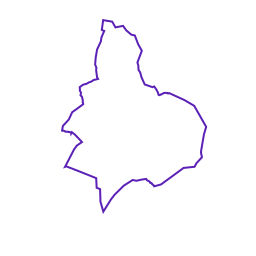 the district of O'lziit, Bayanhongor, Mongolia, rotated 302°
{"feature_id": "93677404B2040625721248", "entity_name": "O'lziit", "entity_type": "district", "adm_level": 2, "iso_a3": "MNG", "parent_name": "Mongolia", "parent_adm1": "Bayanhongor", "projection": "natural_earth1", "projection_center": [100.982, 45.969], "detail": "fine", "context": "isolated", "style": "outline", "palette": "violet", "viewbox_px": 256, "rotation_deg": 302, "n_neighbors": 0, "source": "geoboundaries", "source_scale": "gbopen_adm2", "svg_char_len": 2515}
<svg xmlns="http://www.w3.org/2000/svg" viewBox="0 0 256 256"><g transform="rotate(302 128 128)"><path d="M44.0,151.4L58.6,151.4L64.4,152.0L76.9,155.0L86.4,159.5L87.7,163.1L91.2,166.6L94.3,170.2L94.4,170.5L94.3,170.8L94.0,171.2L93.8,171.7L93.8,172.0L93.8,172.4L93.8,173.0L93.9,173.7L94.0,174.0L94.1,174.4L94.0,174.7L93.8,175.1L93.5,175.3L93.3,175.7L93.4,175.9L93.5,176.3L93.5,176.6L93.7,176.8L93.7,177.1L93.7,177.3L93.5,177.6L93.3,177.9L93.2,178.1L93.3,178.5L93.2,178.9L93.1,179.1L93.0,179.3L92.9,179.6L93.0,180.3L92.4,181.1L97.6,185.9L123.6,196.3L130.4,205.0L134.3,204.7L142.4,206.2L145.7,203.0L147.4,202.1L162.8,195.8L170.4,193.7L181.9,172.4L181.6,161.1L179.4,144.3L179.1,144.2L178.9,144.1L178.6,143.8L178.5,143.5L178.4,143.4L178.4,143.1L178.5,142.9L178.5,142.7L178.3,142.5L178.2,142.2L178.1,141.9L178.0,141.7L177.9,141.5L177.7,141.3L177.6,141.0L177.4,140.8L177.2,140.5L176.9,140.2L176.7,140.0L176.5,139.7L176.2,139.6L175.9,139.4L175.6,139.3L175.3,139.1L175.0,138.9L174.7,138.7L174.4,138.7L174.1,138.5L173.9,138.1L173.6,137.9L173.1,137.7L172.7,137.5L172.4,137.1L172.3,136.4L174.1,134.3L175.8,131.4L177.1,128.2L175.6,127.1L173.8,119.1L178.3,112.4L181.5,109.0L182.9,106.1L186.4,103.7L188.5,101.3L200.8,98.8L204.5,92.1L210.1,84.7L208.9,81.4L209.9,74.7L212.0,69.7L206.7,64.1L209.8,58.2L206.3,49.8L197.3,53.8L197.7,56.4L190.6,57.5L187.1,59.1L178.1,60.2L170.6,63.3L164.4,66.5L162.3,69.3L160.2,70.3L154.6,74.9L153.8,76.6L151.5,74.5L151.4,74.3L151.2,74.1L150.9,73.8L150.6,73.6L150.3,73.3L150.0,73.1L149.7,73.0L148.9,72.8L148.0,72.3L147.4,71.9L146.7,71.3L146.0,70.7L145.5,70.5L144.8,70.1L144.1,69.7L143.6,69.5L143.1,69.0L142.6,68.6L141.0,67.0L137.1,65.4L135.2,66.8L134.5,67.1L134.2,67.3L134.0,67.6L133.7,68.2L133.5,68.6L133.4,69.0L133.0,69.4L132.3,69.8L131.8,70.0L131.3,70.1L130.7,70.3L130.5,70.5L130.4,70.9L130.4,71.5L130.3,71.8L130.1,72.3L129.7,72.8L129.3,73.2L129.1,73.4L128.7,73.9L128.2,74.3L127.5,75.0L127.1,75.3L126.2,75.7L125.9,75.8L125.8,76.1L125.6,76.5L125.4,76.7L125.0,76.9L124.4,77.4L111.8,72.3L103.9,73.3L95.2,71.7L90.8,73.5L90.8,73.8L91.0,74.0L91.5,74.5L91.7,75.2L91.8,75.7L91.8,76.0L91.7,76.6L91.7,76.9L91.8,77.1L92.0,77.5L92.5,78.0L92.7,78.3L92.8,78.6L92.8,79.1L92.9,79.3L93.1,79.4L93.2,79.7L93.3,79.8L93.4,80.1L93.5,80.2L93.5,80.4L93.5,80.6L93.5,80.8L93.8,81.1L93.9,81.3L93.9,81.8L93.9,82.2L93.3,82.7L94.7,82.6L94.3,86.4L93.5,89.5L91.7,96.4L85.9,93.9L81.1,93.6L61.7,95.2L62.8,96.1L65.2,108.7L68.6,127.6L60.7,133.1L61.4,136.7L50.9,143.7L44.0,151.4Z" fill="none" stroke="#5b21b6" stroke-width="2"/></g></svg>